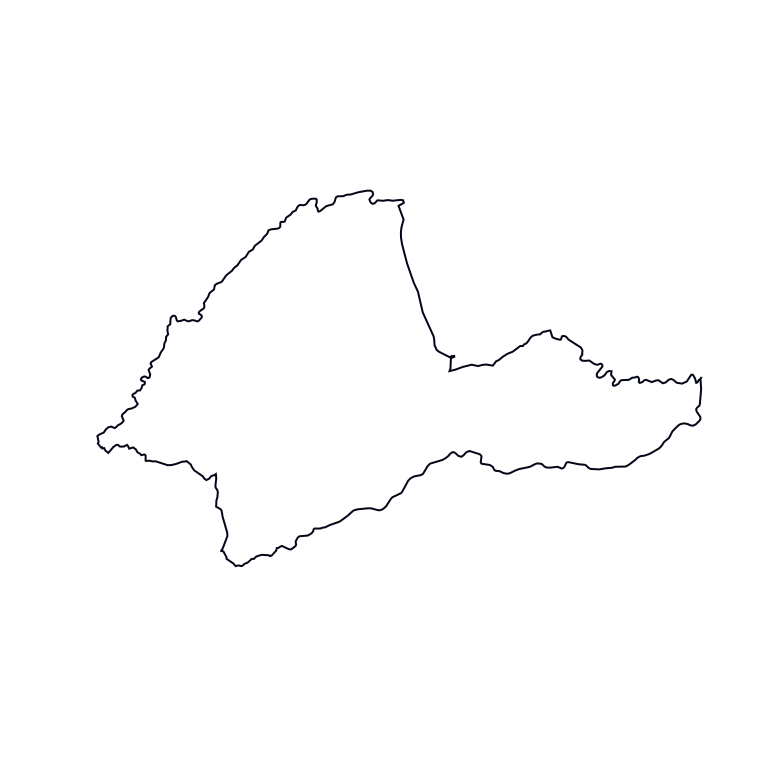 outline of Saraphi, Chiang Mai, Thailand, rotated 239°
{"feature_id": "78962969B91762901064506", "entity_name": "Saraphi", "entity_type": "district", "adm_level": 2, "iso_a3": "THA", "parent_name": "Thailand", "parent_adm1": "Chiang Mai", "projection": "robinson", "projection_center": [99.016, 18.691], "detail": "fine", "context": "isolated", "style": "outline", "palette": "ink", "viewbox_px": 768, "rotation_deg": 239, "n_neighbors": 0, "source": "geoboundaries", "source_scale": "gbopen_adm2", "svg_char_len": 6166}
<svg xmlns="http://www.w3.org/2000/svg" viewBox="0 0 768 768"><g transform="rotate(239 384 384)"><path d="M579.5,418.5L580.3,416.3L580.3,414.9L578.4,410.4L578.2,408.6L578.7,407.0L580.6,404.5L580.9,402.9L580.2,400.7L578.2,397.8L578.5,394.2L577.3,391.2L577.0,385.9L574.4,382.6L574.7,381.2L575.9,379.5L575.9,378.5L572.3,376.1L571.7,374.6L572.1,372.5L574.8,366.7L575.2,364.2L572.9,361.2L571.8,356.7L570.0,353.0L569.0,344.5L566.8,340.7L566.9,336.2L564.2,331.0L563.9,325.2L561.3,319.7L560.7,315.2L559.4,312.1L558.4,304.7L555.5,298.3L555.2,296.9L556.0,292.6L555.9,290.4L555.4,289.5L552.6,287.0L551.8,281.3L549.2,278.0L546.1,271.3L543.5,270.3L542.1,269.2L541.5,267.9L541.5,264.8L540.9,262.4L539.7,261.5L537.0,262.9L535.5,262.6L534.8,261.8L533.6,257.8L533.7,256.3L536.5,253.9L537.6,252.3L538.2,249.3L538.8,248.2L542.1,245.8L542.7,242.5L543.9,239.5L545.1,239.1L548.6,240.1L550.2,239.7L551.2,238.3L550.9,236.1L550.0,234.8L545.3,231.5L544.9,228.3L541.2,225.8L537.7,224.5L536.7,221.6L533.8,219.6L531.9,216.7L528.2,213.8L526.0,208.9L522.9,204.6L522.7,196.2L522.0,194.6L518.4,194.0L517.9,190.5L517.2,189.4L512.7,188.6L510.4,186.4L510.6,184.7L513.1,183.4L514.0,182.3L514.2,179.5L512.9,177.8L511.5,178.1L509.1,180.0L508.2,179.8L507.0,178.4L507.4,176.2L505.2,173.9L504.2,171.4L505.4,169.0L504.4,166.7L504.5,163.6L504.1,162.6L502.6,162.1L500.5,163.3L497.5,162.5L493.9,162.7L493.5,162.3L492.5,158.9L493.2,154.2L493.9,152.8L494.2,150.9L493.1,147.0L492.9,144.6L491.5,142.7L486.8,142.0L486.1,141.1L485.5,138.5L485.6,134.5L484.9,131.5L484.9,130.5L487.9,128.3L488.9,125.4L488.3,122.2L486.7,118.7L487.3,114.1L487.0,111.5L481.5,109.6L480.4,108.1L475.2,108.7L475.0,109.8L473.6,109.6L473.2,111.1L470.4,110.9L466.9,112.2L469.4,119.6L469.6,123.4L468.6,124.7L466.5,125.3L465.4,126.9L464.4,128.8L464.1,132.4L462.4,132.6L459.8,132.3L458.8,136.4L455.6,137.6L452.5,137.5L449.6,139.1L448.0,139.3L447.0,142.3L446.2,142.8L445.2,142.7L441.1,140.2L440.7,140.3L439.0,143.5L436.6,146.1L435.5,148.3L425.9,156.7L424.1,159.8L422.6,164.4L421.3,171.0L419.9,173.8L419.7,175.0L414.6,176.9L411.5,176.6L407.8,176.8L399.0,180.8L397.6,181.3L396.1,181.1L393.2,182.2L392.9,185.5L393.9,188.1L393.8,190.0L393.2,191.2L393.4,193.5L389.3,191.5L383.8,187.2L381.9,186.3L378.9,186.5L376.9,185.9L372.8,182.9L370.4,180.3L365.3,176.9L361.2,179.3L359.2,179.6L353.0,177.2L337.5,173.1L335.2,172.0L334.1,171.2L326.0,160.9L324.9,158.5L324.6,158.4L323.7,159.8L322.7,160.1L316.9,159.8L315.2,159.0L307.6,162.5L304.3,163.0L303.5,165.8L301.2,168.2L301.1,169.2L301.7,171.8L301.1,175.1L302.2,180.5L301.1,182.3L301.9,185.8L300.6,191.1L296.5,197.1L295.3,197.5L294.8,199.3L296.7,205.7L298.6,207.6L297.9,208.8L298.0,212.3L297.5,213.3L291.6,217.2L290.3,218.7L290.1,219.7L290.7,224.8L291.8,226.1L293.7,226.7L295.0,227.8L296.8,231.1L297.0,233.1L293.3,240.8L293.3,244.9L294.2,247.4L295.7,248.8L295.9,250.0L293.0,254.8L292.3,257.9L291.5,259.5L291.0,264.8L288.9,275.1L289.7,284.3L291.2,292.2L291.1,293.6L290.1,297.0L285.6,306.5L284.0,309.0L278.7,314.1L277.8,315.7L277.3,318.6L278.1,322.8L281.7,330.1L282.6,332.8L281.7,342.3L282.0,343.6L288.6,354.8L289.5,358.1L289.3,362.1L286.9,368.8L286.9,371.2L291.1,379.0L292.0,382.5L288.8,395.0L288.7,398.6L289.2,402.4L290.0,404.3L290.3,406.9L290.0,408.2L288.3,409.5L284.0,410.8L281.8,412.8L281.9,415.3L283.1,419.3L282.6,422.7L274.6,429.8L272.8,430.4L271.6,430.2L267.0,426.5L265.4,426.6L260.0,433.1L256.7,434.6L254.2,434.3L252.4,434.7L249.7,438.2L246.2,440.5L243.7,443.2L242.7,445.9L242.2,452.2L241.5,455.9L237.9,466.3L237.5,472.3L237.0,474.5L234.4,477.9L230.0,479.3L228.4,480.7L226.6,483.7L223.6,490.2L220.1,492.7L219.7,493.7L219.9,495.7L222.5,499.6L222.6,500.4L222.0,501.9L215.4,509.0L211.3,514.5L210.1,515.3L206.7,516.2L204.8,517.3L199.9,524.6L197.4,531.0L194.9,535.9L193.9,539.7L189.3,547.7L188.7,549.0L188.7,552.8L189.5,560.5L190.1,562.4L190.2,565.2L190.0,566.8L188.4,570.5L187.3,575.7L187.1,586.7L188.1,590.3L190.1,594.3L191.0,600.7L194.8,606.7L196.6,613.4L197.0,616.2L196.7,618.4L195.5,621.3L193.1,623.8L190.8,625.3L189.1,627.4L188.8,630.3L190.0,635.5L190.8,637.0L192.8,638.2L198.9,637.8L201.4,638.4L202.3,639.7L203.0,643.1L204.1,644.4L216.4,653.3L225.2,657.8L226.5,659.9L225.5,658.3L225.3,656.1L224.0,653.4L224.2,652.2L228.2,653.4L231.9,653.6L232.7,653.5L233.7,652.2L230.2,644.8L230.8,639.7L234.4,635.5L238.2,634.3L240.3,632.9L241.0,630.8L240.3,626.1L241.0,623.4L245.9,621.2L246.9,619.0L247.7,614.5L252.7,610.7L253.1,609.0L252.6,606.3L253.2,603.8L254.6,603.5L256.1,604.8L258.0,605.4L259.2,605.3L259.9,604.7L260.4,602.3L261.5,600.1L261.5,595.9L265.0,589.5L264.9,588.1L263.4,584.8L263.6,581.2L264.3,579.9L265.0,579.6L266.8,580.5L268.0,583.3L268.9,584.2L274.8,583.3L277.8,585.6L279.2,583.5L279.5,581.4L277.8,577.3L277.8,573.9L278.1,572.3L279.6,570.7L281.1,570.5L282.6,571.3L283.5,572.3L286.4,580.0L287.6,580.9L289.0,580.8L289.9,580.0L290.4,577.3L291.5,575.7L293.7,574.1L298.4,572.1L300.2,568.4L302.1,565.7L304.1,565.1L304.8,565.3L306.2,567.0L307.0,569.1L308.4,569.7L309.5,570.8L311.2,571.5L314.0,571.5L327.1,565.0L330.4,564.5L332.0,563.6L333.0,562.0L333.2,561.1L331.0,558.5L331.2,557.8L333.7,555.1L336.9,552.7L337.6,552.5L344.3,554.1L345.6,550.5L345.6,549.9L346.7,547.4L346.6,545.0L346.1,543.6L347.3,541.1L348.8,536.4L348.3,533.4L346.5,529.8L345.5,526.9L345.8,524.4L345.0,522.6L346.4,520.4L345.4,511.0L346.3,505.2L346.2,500.2L345.4,494.9L345.7,491.8L343.7,486.7L348.0,481.7L349.7,478.2L350.9,473.9L355.4,469.0L358.1,460.2L359.5,452.7L361.3,446.8L363.0,448.9L371.0,454.2L371.5,455.4L371.1,458.2L371.9,458.6L373.2,455.9L372.8,454.6L373.8,453.7L383.6,447.6L386.0,446.7L391.2,447.3L397.0,450.3L399.5,451.1L425.5,454.1L445.5,460.6L455.6,461.7L475.6,465.9L494.3,471.4L500.8,474.0L505.8,476.9L509.4,479.8L514.9,485.5L529.2,488.2L529.1,494.3L531.6,495.0L533.3,493.0L536.6,485.9L539.7,482.0L541.5,477.6L544.5,473.5L544.8,472.7L543.7,469.1L544.4,466.9L546.1,466.1L549.5,466.4L550.2,467.3L551.4,471.4L552.3,472.4L554.4,473.1L556.5,472.2L558.5,469.0L561.6,460.7L563.6,453.0L565.4,449.6L566.0,445.8L568.8,440.8L568.7,438.9L565.5,435.3L564.4,432.8L566.2,426.1L565.1,418.2L565.5,416.6L566.5,416.5L568.6,417.4L571.9,417.3L574.2,419.7L576.6,421.3L577.9,421.0L579.5,418.5Z" fill="none" stroke="#020617" stroke-width="2"/></g></svg>